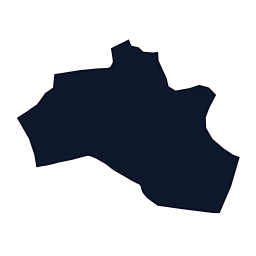 outline of Bani Dabyan, Sana'a, Yemen, rotated 88°
{"feature_id": "15242507B92196142658872", "entity_name": "Bani Dabyan", "entity_type": "district", "adm_level": 2, "iso_a3": "YEM", "parent_name": "Yemen", "parent_adm1": "Sana'a", "projection": "albers", "projection_center": [44.869, 15.05], "detail": "fine", "context": "isolated", "style": "filled", "palette": "ink", "viewbox_px": 256, "rotation_deg": 88, "n_neighbors": 0, "source": "geoboundaries", "source_scale": "gbopen_adm2", "svg_char_len": 1833}
<svg xmlns="http://www.w3.org/2000/svg" viewBox="0 0 256 256"><g transform="rotate(88 128 128)"><path d="M163.2,220.3L162.3,214.3L162.1,212.5L162.0,211.4L161.5,207.9L161.3,207.2L161.1,206.2L160.8,205.2L160.6,204.2L160.5,203.3L160.2,202.3L160.0,201.5L159.8,200.5L159.5,199.6L159.3,198.6L159.2,197.6L159.0,196.7L158.9,195.6L158.7,194.6L157.1,185.0L156.4,182.1L155.5,178.4L155.5,178.1L153.7,170.2L153.7,167.4L156.8,160.5L162.9,150.8L167.7,145.2L167.8,144.7L168.5,144.1L169.1,143.5L173.1,137.0L179.5,126.8L181.7,123.2L182.0,122.4L182.5,121.6L183.0,120.9L183.3,120.0L183.5,119.1L184.1,118.4L184.9,117.9L185.6,117.3L186.2,116.8L187.1,116.5L188.1,116.4L188.9,116.3L189.8,116.0L190.6,115.6L191.6,115.3L192.5,115.0L193.0,114.9L193.5,114.4L198.0,111.0L202.2,105.7L206.1,100.6L207.3,93.3L209.0,83.7L211.1,71.5L211.2,70.6L213.6,55.9L215.2,46.0L215.5,39.8L208.8,36.7L189.4,27.6L165.7,19.8L161.5,18.3L159.2,23.9L158.4,25.2L157.6,26.3L155.9,28.6L154.7,30.4L152.5,33.4L145.0,41.6L142.3,44.5L133.4,49.3L130.9,50.6L119.9,50.7L117.9,49.8L110.2,46.6L107.6,45.1L98.1,39.7L96.4,41.3L91.9,45.3L91.0,46.2L89.3,51.7L88.2,55.2L89.8,60.8L90.1,61.9L90.2,62.1L91.0,65.0L91.8,70.3L92.6,76.0L93.1,79.4L92.3,80.5L88.2,86.7L79.6,88.4L72.4,91.5L70.9,92.1L62.2,95.7L62.1,95.8L53.8,96.0L54.2,100.2L53.0,110.4L51.2,112.2L48.3,115.2L46.5,122.3L42.8,123.7L40.5,124.5L41.7,127.1L42.6,129.0L43.4,130.7L44.4,133.1L45.0,134.4L46.9,138.5L48.2,141.5L52.1,141.0L54.7,140.7L60.1,140.1L62.2,140.3L63.4,140.9L66.0,142.4L67.4,143.8L68.0,146.1L68.1,151.5L68.1,152.4L68.1,155.4L69.0,170.2L69.2,173.4L71.3,190.6L72.3,199.1L85.5,200.8L89.2,206.5L89.3,206.7L90.7,209.0L99.0,215.3L101.9,217.8L105.3,223.2L106.3,224.7L107.5,226.5L109.2,229.0L111.6,233.3L112.3,234.4L114.2,237.7L135.2,226.6L151.5,221.8L153.1,221.6L163.2,220.3Z" fill="#0f172a" stroke="#020617" stroke-width="1.5"/></g></svg>